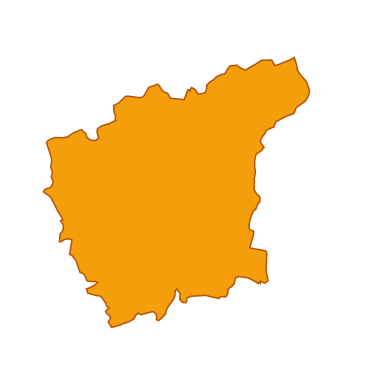 Dyarb Nigm, Ash Sharqiyah, Egypt (orthographic projection), rotated 343°
{"feature_id": "37247803B60189516177334", "entity_name": "Dyarb Nigm", "entity_type": "district", "adm_level": 2, "iso_a3": "EGY", "parent_name": "Egypt", "parent_adm1": "Ash Sharqiyah", "projection": "orthographic", "projection_center": [31.456, 30.753], "detail": "fine", "context": "isolated", "style": "filled", "palette": "amber", "viewbox_px": 384, "rotation_deg": 343, "n_neighbors": 0, "source": "geoboundaries", "source_scale": "gbopen_adm2", "svg_char_len": 4311}
<svg xmlns="http://www.w3.org/2000/svg" viewBox="0 0 384 384"><g transform="rotate(343 192 192)"><path d="M329.2,96.6L329.2,93.3L327.2,93.8L325.0,94.2L323.0,94.4L316.1,95.0L315.5,95.0L314.2,95.2L312.4,95.4L312.0,95.4L311.3,95.4L308.2,95.3L306.7,89.1L297.1,86.3L290.0,88.4L287.5,88.8L286.4,89.1L283.1,89.9L279.9,90.8L278.5,91.2L277.0,89.7L274.5,87.3L274.0,86.8L272.1,83.8L269.9,83.5L269.1,83.4L265.5,82.4L263.6,83.6L262.5,84.2L260.6,85.9L259.7,87.1L259.2,87.7L257.3,88.5L255.8,88.4L254.5,88.3L253.7,88.3L251.6,88.6L248.9,89.0L247.0,90.2L246.3,90.6L245.9,90.7L244.7,91.0L242.1,91.9L241.6,92.2L239.7,92.7L238.6,93.4L237.1,94.3L236.9,95.3L236.5,96.9L234.7,99.5L233.8,100.9L226.8,100.5L224.8,94.6L222.6,92.5L222.1,91.9L220.4,93.1L219.9,94.9L219.1,94.0L218.0,92.9L211.5,101.4L198.8,96.0L197.5,90.6L196.6,89.9L196.1,89.5L193.5,87.0L191.7,80.5L190.7,78.9L188.9,79.0L184.4,79.2L181.2,79.3L179.3,81.1L176.1,84.2L174.4,85.8L173.8,86.0L171.4,87.0L166.7,85.3L159.2,81.8L157.9,81.5L156.3,81.1L147.9,85.5L145.3,85.9L142.3,86.4L140.8,92.4L141.1,97.2L139.9,99.7L139.8,100.3L140.0,101.1L132.2,102.5L130.2,102.4L125.5,102.3L122.9,102.9L122.4,103.1L119.7,104.4L118.6,107.6L118.6,109.6L118.6,111.3L118.5,113.3L117.6,113.6L115.0,114.6L112.9,113.8L110.7,113.0L110.3,112.8L107.5,109.3L107.5,109.2L107.5,106.9L107.5,105.1L106.1,102.6L104.5,100.0L97.8,100.5L96.1,100.7L89.3,102.8L88.6,102.8L85.6,102.5L84.5,102.4L81.4,101.4L79.1,100.6L78.2,100.3L76.7,99.7L74.0,100.0L71.2,100.3L70.3,100.6L69.0,100.9L67.2,102.3L67.2,103.4L67.4,108.2L67.4,110.8L67.5,111.9L67.5,115.7L67.6,118.3L67.5,118.8L66.9,120.9L66.4,122.6L65.9,123.5L65.3,124.3L65.1,124.7L64.1,127.4L64.1,127.9L64.4,130.0L64.4,130.5L64.3,131.5L63.7,133.1L63.2,134.7L62.7,135.3L61.8,136.4L61.9,137.5L62.1,140.1L62.2,142.2L61.0,143.7L59.8,144.6L57.6,146.5L55.4,146.3L53.8,146.4L52.3,146.6L51.4,147.1L49.9,148.3L55.3,155.4L55.3,155.8L56.6,162.3L57.0,164.7L58.3,172.0L59.8,177.7L60.5,180.9L58.8,180.9L57.9,180.9L59.2,185.3L58.8,188.1L58.6,188.5L57.3,190.7L56.7,191.6L53.7,193.4L50.7,200.8L53.0,201.3L56.1,200.1L60.8,200.8L63.2,202.7L62.9,203.2L57.1,215.2L56.8,215.8L58.6,217.7L61.0,223.4L61.4,236.1L64.6,238.8L65.3,243.0L65.9,246.7L71.4,248.9L73.4,249.1L75.2,251.0L74.2,251.4L71.2,252.6L70.7,252.7L66.7,253.6L65.9,253.7L62.8,253.8L62.6,257.9L62.6,258.0L65.0,259.7L69.8,262.8L74.0,264.8L75.3,267.2L77.0,273.4L77.0,276.0L78.6,278.6L74.4,280.8L74.9,283.6L77.0,286.3L77.4,288.7L74.5,291.2L73.9,291.7L75.3,297.4L75.4,298.0L85.3,298.3L86.5,297.7L88.9,297.7L93.1,297.8L97.9,296.7L99.7,296.2L101.6,293.8L104.3,292.5L105.2,292.0L105.2,292.6L107.5,294.5L113.5,294.6L118.9,294.8L120.7,296.0L121.9,297.9L121.8,300.3L120.7,303.5L122.3,305.1L124.1,304.6L126.5,303.4L128.2,302.5L130.8,301.1L132.6,298.1L134.5,295.7L137.5,293.4L143.0,289.2L145.4,286.3L146.1,283.9L147.3,281.5L148.2,280.9L149.1,280.3L150.1,283.4L150.8,285.8L150.0,288.1L148.9,291.2L150.7,294.9L153.6,296.1L154.9,294.9L156.1,291.9L158.7,291.7L160.9,291.5L174.6,294.8L181.1,298.6L186.5,301.7L188.9,300.5L190.1,300.6L191.3,301.2L191.9,301.8L194.2,301.9L194.8,301.3L196.1,300.1L196.7,298.9L198.0,295.9L199.2,295.1L199.8,294.7L203.4,293.6L204.6,292.4L205.2,292.4L208.5,287.0L211.9,286.5L220.2,290.3L226.1,295.9L228.6,299.0L230.3,297.8L230.8,299.0L231.5,297.2L233.2,299.1L235.0,300.4L238.6,299.2L238.7,298.7L239.3,295.6L239.4,291.4L241.3,284.1L242.6,281.1L243.8,277.5L245.7,272.1L245.3,270.3L245.2,269.7L243.4,268.8L235.1,264.6L230.9,262.1L237.7,252.0L239.6,247.8L238.4,246.5L236.1,245.3L236.1,243.5L236.7,241.5L237.4,239.2L240.5,233.9L242.3,231.5L244.8,228.5L247.2,227.3L247.8,227.4L249.0,225.6L251.5,222.6L252.1,222.0L253.9,221.4L255.1,218.4L255.2,216.9L255.2,216.0L253.4,213.0L252.3,209.3L252.4,206.9L254.3,201.5L254.9,199.7L255.5,197.3L256.8,194.9L258.7,190.7L259.3,186.4L261.3,179.8L262.4,178.0L263.7,175.6L265.0,174.4L266.8,173.9L270.4,172.8L272.3,171.5L274.0,170.4L272.3,165.5L272.4,163.1L272.8,162.2L274.2,160.7L276.6,159.0L279.7,156.6L280.9,154.8L283.3,154.3L289.3,153.8L290.2,152.6L293.0,149.0L294.8,149.1L299.0,148.0L302.6,147.4L307.4,146.9L308.2,146.9L310.4,147.0L312.8,146.4L315.9,142.3L317.7,141.1L318.3,141.1L323.7,139.4L326.7,138.3L329.8,135.9L331.7,133.6L332.2,132.9L334.1,129.4L333.7,120.3L332.5,117.2L330.8,113.5L329.7,111.1L328.5,106.2L329.2,100.8L329.2,96.6Z" fill="#f59e0b" stroke="#b45309" stroke-width="1.5"/></g></svg>